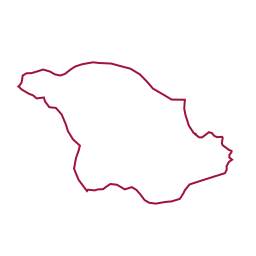 Jongphyong, Hamgyŏng-namdo, North Korea (Albers equal-area conic projection), rotated 342°
{"feature_id": "82179303B98077140175950", "entity_name": "Jongphyong", "entity_type": "district", "adm_level": 2, "iso_a3": "PRK", "parent_name": "North Korea", "parent_adm1": "Hamgyŏng-namdo", "projection": "albers", "projection_center": [127.328, 39.697], "detail": "fine", "context": "isolated", "style": "outline", "palette": "rose", "viewbox_px": 256, "rotation_deg": 342, "n_neighbors": 0, "source": "geoboundaries", "source_scale": "gbopen_adm2", "svg_char_len": 1300}
<svg xmlns="http://www.w3.org/2000/svg" viewBox="0 0 256 256"><g transform="rotate(342 128 128)"><path d="M44.0,45.6L42.3,49.2L40.6,52.1L38.1,53.9L36.6,54.7L37.2,55.3L38.4,58.0L40.7,60.7L44.3,64.8L47.8,67.6L50.2,71.6L57.4,73.0L57.3,77.1L59.6,83.9L65.6,86.6L69.1,94.7L70.0,105.5L69.9,112.3L72.1,121.7L76.8,129.9L74.3,133.9L69.2,140.6L64.1,150.0L65.0,162.1L69.5,175.3L70.9,174.3L76.9,177.0L80.5,177.1L85.4,178.5L89.1,177.1L94.0,175.8L100.0,178.6L102.4,181.3L106.0,185.4L108.4,185.4L113.3,185.4L116.9,189.5L119.2,194.9L121.5,201.7L125.1,205.7L131.1,208.5L140.8,209.9L146.9,211.3L155.5,211.4L160.4,207.3L162.9,204.7L169.1,200.7L175.2,200.7L183.8,200.7L194.7,200.8L206.3,200.9L209.1,198.0L209.9,194.8L213.5,191.4L217.2,190.3L215.3,187.4L216.1,185.0L219.0,182.9L219.4,181.8L217.2,180.0L212.6,173.5L212.6,171.3L215.0,166.6L214.8,165.5L209.8,164.2L207.5,162.0L206.2,158.7L204.0,157.3L203.7,157.0L195.7,159.8L192.7,158.8L190.0,154.8L190.4,154.4L188.8,152.8L186.6,144.5L186.6,142.2L186.7,132.9L187.5,126.9L190.8,118.7L178.2,114.4L172.3,107.6L163.9,98.2L160.5,90.0L155.8,80.6L148.7,72.4L140.3,67.0L131.9,61.5L121.0,57.4L115.0,54.7L104.1,53.2L96.8,53.2L91.9,54.5L84.6,57.1L79.7,57.1L74.9,54.3L71.4,50.3L65.4,46.2L58.1,46.1L53.2,46.0L48.4,44.6L44.0,45.6Z" fill="none" stroke="#9f1239" stroke-width="2"/></g></svg>